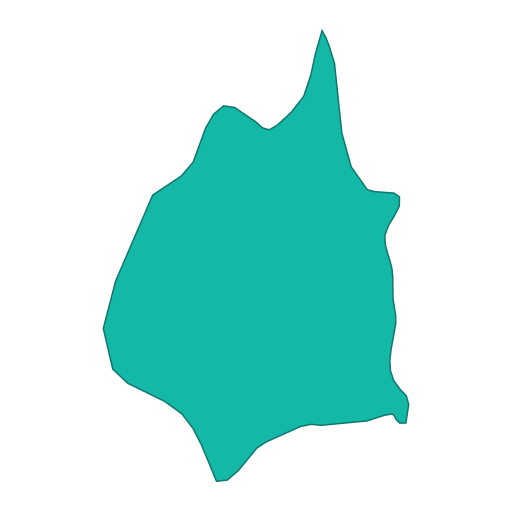 outline of Tarlac
{"feature_id": "PHL-2556", "entity_name": "Tarlac", "entity_type": "Province", "adm_level": 1, "iso_a3": "PHL", "parent_name": "Philippines", "parent_adm1": "", "projection": "equal_earth", "projection_center": [120.579, 15.519], "detail": "fine", "context": "isolated", "style": "filled", "palette": "teal", "viewbox_px": 512, "rotation_deg": 0, "n_neighbors": 0, "source": "natural_earth", "source_scale": "10m", "svg_char_len": 941}
<svg xmlns="http://www.w3.org/2000/svg" viewBox="0 0 512 512"><path d="M399.8,423.1L396.3,419.8L394.3,415.8L392.3,413.9L384.2,415.3L367.1,420.9L321.3,425.3L311.0,424.3L300.5,426.5L266.6,441.7L257.1,447.8L238.1,470.8L227.2,480.1L216.5,481.3L201.6,445.2L193.0,428.4L181.9,413.9L164.9,401.5L127.9,383.4L112.8,369.2L103.3,328.5L115.6,281.1L152.7,195.1L181.3,176.0L193.2,162.1L205.6,128.1L213.6,114.2L223.6,105.8L234.6,107.5L256.0,122.0L262.5,127.9L269.2,129.8L277.1,125.3L291.2,112.4L303.7,96.4L310.7,75.6L315.7,52.7L322.1,30.7L326.0,37.9L329.2,46.1L334.5,63.5L341.8,132.9L351.2,166.9L367.3,189.7L374.5,191.6L394.0,193.1L399.5,196.9L399.3,206.1L394.4,215.8L388.4,225.6L384.9,235.1L385.2,243.9L387.3,252.4L389.9,260.5L391.9,268.5L392.7,276.4L393.0,298.5L395.7,315.9L395.7,323.8L391.0,349.9L389.8,360.9L390.5,370.9L393.6,380.3L400.5,389.9L406.2,395.6L408.7,404.4L405.9,423.0L399.8,423.1Z" fill="#14b8a6" stroke="#0f766e" stroke-width="1.5"/></svg>